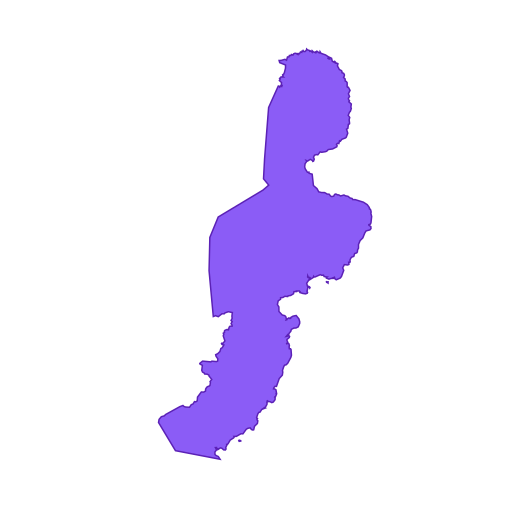 Pomio District, East New Britain, Papua New Guinea, rotated 329°
{"feature_id": "67681753B79338306732955", "entity_name": "Pomio District", "entity_type": "district", "adm_level": 2, "iso_a3": "PNG", "parent_name": "Papua New Guinea", "parent_adm1": "East New Britain", "projection": "mercator", "projection_center": [151.576, -5.258], "detail": "fine", "context": "isolated", "style": "filled", "palette": "violet", "viewbox_px": 512, "rotation_deg": 329, "n_neighbors": 0, "source": "geoboundaries", "source_scale": "gbopen_adm2", "svg_char_len": 6157}
<svg xmlns="http://www.w3.org/2000/svg" viewBox="0 0 512 512"><g transform="rotate(329 256 256)"><path d="M295.9,203.1L243.7,203.1L226.0,216.3L208.2,244.4L188.2,285.9L190.6,286.3L192.4,288.6L197.0,288.0L199.0,289.2L200.1,288.8L203.6,289.5L206.6,292.3L204.4,295.1L203.4,297.2L201.4,298.4L201.8,300.0L199.8,301.1L199.9,302.9L199.4,303.8L197.5,302.8L196.3,303.2L194.4,305.1L193.9,304.9L193.5,304.1L191.2,303.7L190.2,304.1L189.6,305.3L188.2,305.3L187.9,306.8L186.8,307.5L185.6,312.8L182.7,313.8L181.8,313.1L181.3,313.3L181.3,314.3L182.6,315.7L179.9,317.2L178.2,317.2L175.9,319.3L172.9,320.0L170.6,319.8L170.1,321.4L170.3,324.5L169.0,326.3L167.8,326.2L164.0,323.4L162.8,323.5L156.1,318.6L152.5,319.1L152.3,319.7L153.7,322.1L150.6,326.1L150.4,328.0L151.3,329.5L151.2,330.7L153.3,332.2L154.3,333.9L153.9,334.7L154.5,339.0L151.9,340.0L151.7,341.1L149.9,343.2L149.3,343.4L146.9,343.0L145.8,343.3L144.3,344.1L143.1,345.8L141.0,345.7L139.1,344.4L133.2,346.8L131.0,349.9L129.2,350.0L128.3,349.1L125.8,350.4L123.9,350.1L121.1,351.4L118.0,349.3L116.8,348.0L116.4,346.5L113.1,345.9L96.8,345.3L95.2,345.8L92.1,345.0L88.8,346.1L86.7,348.5L86.7,381.4L120.5,411.7L120.4,408.5L119.0,406.4L118.6,405.0L119.9,402.8L122.3,401.9L122.5,399.3L123.5,399.8L122.8,400.9L123.1,402.2L124.0,402.3L123.7,401.0L124.5,402.1L126.8,402.2L127.7,403.2L128.4,405.5L129.8,406.5L130.9,406.0L131.5,404.5L133.4,403.3L133.8,402.4L134.4,402.8L135.6,402.4L139.1,400.5L143.1,400.4L144.2,399.9L144.2,399.3L146.3,400.5L151.5,400.6L153.2,401.7L158.4,399.5L160.3,399.5L162.5,400.3L162.7,402.4L163.7,403.6L164.5,403.8L167.0,401.2L170.9,400.3L172.7,398.2L172.5,397.0L172.9,396.1L173.5,396.1L173.3,394.8L176.5,392.1L178.0,391.5L179.0,391.9L181.9,390.5L185.0,391.0L184.3,390.4L186.4,390.3L188.5,389.1L189.3,388.5L189.9,387.1L191.0,387.0L190.8,386.1L191.4,386.1L191.4,387.0L193.0,388.1L194.0,389.8L195.6,390.1L198.3,389.0L199.5,387.2L199.1,386.0L199.7,386.7L200.3,386.6L202.7,384.8L202.4,384.3L203.1,383.8L204.2,380.9L203.4,379.4L202.6,378.9L203.6,378.0L205.3,377.5L206.4,378.3L212.8,373.0L217.2,371.7L219.1,369.4L219.8,367.7L222.7,365.2L224.2,364.3L225.8,364.8L227.9,364.3L233.6,360.9L235.3,359.3L237.9,354.1L237.8,353.3L236.8,352.7L237.6,350.9L238.5,350.0L239.0,348.1L238.7,347.3L236.6,347.1L238.8,346.2L239.1,344.1L239.6,343.5L242.5,343.0L243.4,342.2L243.0,340.5L242.0,341.0L240.5,340.5L243.1,339.6L244.0,339.9L244.6,339.3L247.0,338.5L248.5,337.1L251.3,337.3L253.2,338.3L255.7,338.5L258.7,336.3L259.6,334.9L260.4,332.0L259.8,327.7L256.7,326.6L254.2,326.6L253.6,327.3L252.8,327.0L252.4,326.0L250.2,326.0L249.6,326.5L248.9,326.3L249.6,325.8L250.3,323.2L249.9,321.9L248.1,320.1L247.1,315.4L249.4,311.4L249.3,308.7L251.9,305.9L254.8,305.7L255.6,304.4L257.6,305.4L260.0,305.4L262.3,307.1L263.0,306.7L265.4,307.7L268.7,307.7L270.2,306.1L273.0,307.7L271.8,306.4L275.1,308.3L275.4,309.5L274.8,309.9L276.8,312.2L279.0,314.0L280.8,314.3L281.5,313.7L281.4,312.8L284.2,309.7L285.4,305.5L290.9,302.8L289.5,301.2L289.4,300.6L290.1,299.7L289.9,301.0L291.2,302.3L291.2,303.1L290.4,304.0L294.1,303.9L294.9,303.2L294.9,303.9L295.9,304.4L301.5,305.1L302.4,306.4L304.0,307.2L303.8,308.7L306.0,310.5L305.2,310.5L304.9,311.1L306.6,313.4L308.8,313.9L311.2,315.3L311.6,315.1L311.2,314.4L312.3,314.6L311.9,316.2L312.5,317.7L316.9,318.3L318.7,317.6L323.8,313.5L324.2,310.8L327.3,308.9L329.9,310.9L331.3,311.1L332.2,309.1L333.1,309.8L333.7,309.5L334.5,307.8L336.3,306.6L337.7,306.3L339.6,306.7L341.8,304.7L343.9,305.2L344.9,304.8L346.3,303.0L347.9,302.1L349.8,298.9L353.2,296.4L356.9,295.5L361.1,292.3L363.3,291.2L367.1,292.3L368.7,291.7L369.6,289.9L368.6,287.7L368.9,287.2L370.5,287.6L371.6,286.8L375.5,281.7L376.5,278.4L377.3,277.7L378.0,275.7L378.0,274.6L377.5,274.1L378.1,272.8L377.8,269.3L375.8,265.2L370.1,258.8L368.0,257.5L368.0,256.2L366.5,254.7L365.6,252.2L363.6,250.4L362.8,249.0L359.4,248.1L358.4,246.2L357.4,245.6L356.4,244.0L355.1,243.7L353.4,244.7L351.6,244.1L350.8,243.1L350.5,240.6L349.0,239.7L347.5,237.0L344.8,235.3L342.8,233.3L343.0,229.7L341.5,225.2L346.3,214.8L344.1,212.4L344.6,211.4L343.2,210.7L343.1,206.6L343.6,204.7L345.6,202.2L348.3,201.0L348.3,200.1L349.1,201.2L352.3,201.1L353.5,203.1L353.4,204.2L354.2,204.3L355.8,203.0L356.2,200.9L358.1,199.7L360.0,200.2L361.1,201.1L364.6,199.8L365.7,200.9L369.1,202.3L370.6,202.6L372.8,202.0L376.8,203.7L381.5,204.0L382.4,203.1L382.5,201.7L383.9,201.4L384.9,202.3L386.9,200.3L387.4,201.1L389.7,200.2L393.5,200.9L394.5,200.7L397.9,198.0L398.9,193.9L400.5,193.9L403.0,190.7L404.1,190.9L404.6,190.4L406.0,187.2L407.7,185.5L407.5,182.9L410.2,180.9L411.4,180.6L413.7,178.6L414.0,177.3L416.0,174.8L415.0,171.7L416.1,171.1L415.9,169.6L416.5,168.3L418.3,167.5L418.8,164.5L421.9,162.5L422.1,158.9L421.4,158.6L421.3,157.9L423.4,154.4L423.3,153.0L422.6,151.9L423.6,150.1L423.0,148.1L424.6,147.0L425.2,145.9L425.2,144.5L424.1,143.2L424.8,141.9L424.6,140.9L423.5,139.1L423.7,135.0L425.3,133.4L425.1,132.9L423.9,132.1L421.7,128.4L422.6,125.4L421.2,123.3L420.4,123.6L420.5,125.0L420.1,124.8L419.5,123.6L420.8,122.8L419.2,119.5L416.1,115.7L416.1,113.9L415.4,114.7L414.8,114.5L413.7,111.8L412.5,112.4L412.6,111.9L412.2,111.7L411.7,112.3L410.3,110.6L409.9,109.1L409.1,110.2L408.7,108.8L407.6,108.3L408.0,107.8L406.3,105.8L406.0,104.7L405.3,105.5L403.3,106.0L402.3,105.3L402.2,104.1L401.4,104.5L400.9,104.1L400.1,105.0L399.2,104.0L397.4,105.0L396.5,104.2L395.8,105.0L395.2,104.2L395.4,103.7L393.9,102.3L392.3,102.1L391.1,102.8L390.1,101.5L389.1,102.1L387.9,101.3L386.7,102.3L385.5,101.6L383.0,103.9L382.1,102.3L378.3,101.3L376.5,100.3L375.9,102.5L379.7,107.5L378.0,110.2L374.8,113.4L373.5,114.3L372.2,114.4L372.1,115.3L371.2,115.6L371.6,116.6L369.5,115.4L367.7,116.0L368.0,116.7L366.4,117.6L367.2,120.5L365.9,122.2L366.3,123.2L365.4,123.9L365.1,122.7L363.3,123.5L363.2,122.1L362.6,121.8L343.3,135.2L313.4,177.1L302.2,193.7L303.4,201.8L295.9,203.1ZM147.6,406.8L147.8,406.4L146.7,405.2L146.1,405.4L146.1,406.2L147.6,406.8ZM303.4,314.7L303.1,313.8L303.0,314.9L303.7,316.1L303.9,315.4L305.1,315.5L303.4,314.7ZM286.1,310.8L285.9,309.8L285.4,309.1L285.5,311.2L286.1,310.8ZM423.9,130.6L423.7,129.6L423.2,129.5L423.1,129.9L423.9,130.6Z" fill="#8b5cf6" stroke="#5b21b6" stroke-width="1.5"/></g></svg>